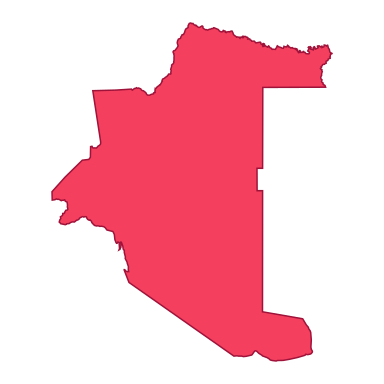 outline of Taveta, Coast, Kenya
{"feature_id": "3690345B11030917787472", "entity_name": "Taveta", "entity_type": "district", "adm_level": 2, "iso_a3": "KEN", "parent_name": "Kenya", "parent_adm1": "Coast", "projection": "albers", "projection_center": [37.998, -3.439], "detail": "fine", "context": "isolated", "style": "filled", "palette": "rose", "viewbox_px": 384, "rotation_deg": 0, "n_neighbors": 0, "source": "geoboundaries", "source_scale": "gbopen_adm2", "svg_char_len": 5727}
<svg xmlns="http://www.w3.org/2000/svg" viewBox="0 0 384 384"><path d="M115.7,90.1L92.8,90.7L100.6,141.5L100.7,143.1L100.4,144.3L99.5,145.3L98.1,146.1L96.5,148.0L94.2,147.9L93.2,148.0L92.6,147.6L92.0,146.3L90.6,146.6L90.4,157.3L88.8,159.4L82.3,160.2L65.0,177.2L52.0,191.7L52.2,200.1L55.0,199.7L56.4,198.9L57.2,199.3L58.8,199.3L59.5,199.6L61.2,200.7L61.8,200.3L63.3,200.3L64.6,199.8L64.9,200.1L65.3,201.3L67.1,202.1L67.5,205.2L67.3,207.1L67.7,207.9L67.8,209.4L67.3,210.0L65.8,210.3L64.7,212.2L64.5,213.1L63.7,213.6L63.0,213.3L62.7,213.5L62.6,215.2L62.2,215.7L60.4,216.8L60.8,218.6L59.9,219.7L59.3,221.5L59.3,222.3L60.1,222.8L60.7,223.7L65.3,224.7L66.4,224.3L66.6,223.8L69.1,223.6L70.8,222.4L72.4,221.9L74.5,222.0L76.6,220.2L77.7,220.0L78.9,219.3L79.7,218.0L82.2,216.7L82.9,216.6L83.9,217.1L84.6,216.7L86.1,216.7L86.6,217.2L86.7,218.0L87.3,218.6L87.5,219.3L89.3,220.3L89.9,219.9L90.2,220.0L91.4,221.3L91.9,222.8L92.3,223.0L93.7,224.8L94.3,225.0L94.7,225.5L96.6,226.0L97.3,225.8L99.0,226.0L99.8,226.4L101.3,226.2L103.8,226.7L105.3,227.8L106.9,230.0L112.9,231.5L114.3,234.4L114.9,239.7L115.9,242.3L116.5,243.3L117.2,243.2L117.9,242.0L118.8,242.3L119.1,242.9L119.5,248.6L119.0,249.9L120.0,249.3L120.4,248.0L120.9,247.2L121.0,244.0L120.4,242.5L120.9,242.0L121.2,242.1L121.6,242.8L122.8,246.1L123.2,249.1L123.6,249.8L124.2,250.1L124.3,250.6L124.3,252.6L125.4,256.9L125.2,258.5L127.1,262.2L127.3,263.5L128.4,266.5L128.3,269.6L128.6,271.5L128.0,271.4L127.7,271.7L126.6,271.4L125.6,270.9L125.2,270.1L124.5,269.6L124.2,269.6L124.2,270.1L129.0,282.5L233.9,356.1L237.0,355.8L238.4,356.1L241.7,356.1L243.4,356.6L246.2,356.3L251.5,355.1L252.2,354.6L254.2,351.7L255.0,350.9L255.5,350.8L256.8,351.3L258.8,353.3L262.0,355.3L262.4,355.9L267.1,357.6L268.9,358.7L270.3,360.0L272.2,360.5L276.1,361.0L277.6,360.5L283.1,360.4L289.4,359.3L297.5,357.5L304.3,355.5L305.2,355.1L305.9,354.2L307.0,354.6L308.0,354.6L310.2,354.1L311.2,353.6L312.2,352.4L312.4,351.7L312.3,351.0L311.3,349.3L310.9,347.2L311.3,340.0L310.7,332.3L310.1,330.7L308.8,328.9L308.3,327.2L306.3,324.9L302.7,318.8L262.5,311.8L262.6,190.7L257.1,190.7L257.0,168.3L262.6,168.3L262.8,87.4L325.6,87.2L325.1,85.7L324.7,85.2L323.2,84.5L323.0,82.9L321.9,82.2L321.5,81.4L322.0,79.9L321.9,79.6L321.0,79.0L320.7,77.5L321.1,76.3L321.6,75.5L321.6,73.7L322.3,71.5L321.7,70.7L322.0,69.9L321.9,69.6L320.7,69.1L320.4,68.5L321.5,67.2L321.1,66.7L322.0,65.9L322.7,64.6L323.1,64.4L324.5,64.3L325.1,63.6L326.2,63.2L326.0,61.7L326.3,61.0L327.0,60.9L327.9,60.4L328.3,59.0L330.2,58.3L330.3,57.9L329.7,57.0L330.2,56.5L330.5,54.4L330.7,53.9L331.7,53.9L332.0,53.4L330.5,52.6L329.8,51.9L329.3,49.3L328.4,48.1L327.7,45.3L327.3,45.2L326.4,46.0L325.3,45.2L324.2,45.0L323.9,46.8L322.1,47.5L322.2,46.6L321.9,46.1L320.6,46.9L319.3,45.9L317.9,45.9L317.5,46.0L317.4,46.4L318.2,47.4L318.1,47.8L315.5,49.1L315.1,48.9L314.9,48.5L315.0,47.5L314.4,46.7L314.1,46.7L313.0,48.1L313.5,48.9L313.3,49.9L310.7,49.1L310.6,48.5L311.2,47.8L310.5,46.7L310.2,46.6L309.9,47.0L308.6,46.9L308.2,47.6L309.2,48.5L307.8,50.7L307.8,51.1L309.4,52.2L309.4,52.9L309.2,53.6L308.5,53.9L305.9,53.6L304.9,52.3L304.2,52.4L303.9,52.3L303.6,51.4L303.3,51.4L302.6,52.2L301.7,52.4L300.2,52.4L300.0,52.1L300.6,51.6L300.0,50.6L299.6,50.6L299.0,52.6L298.6,52.7L298.4,52.5L298.0,51.5L297.3,50.8L297.7,50.2L297.1,49.7L296.9,48.9L295.8,48.6L295.8,49.4L294.5,48.5L292.8,48.2L292.2,47.6L290.8,48.0L289.6,47.1L288.7,46.9L288.8,46.4L288.6,46.1L287.6,45.3L286.7,46.9L284.7,46.7L284.0,46.3L283.4,48.2L283.1,48.3L282.2,48.2L281.0,47.5L278.9,46.9L277.3,45.8L276.9,46.4L276.8,47.4L275.9,48.3L275.5,49.4L273.0,49.2L272.2,49.4L271.9,49.2L271.5,48.3L270.1,47.8L268.8,46.0L268.5,45.9L267.9,47.1L267.5,47.2L266.9,46.6L266.5,46.6L265.2,45.7L265.0,45.3L264.3,45.6L264.1,46.3L262.9,46.5L262.5,45.6L262.6,45.1L264.2,44.5L264.3,43.9L263.3,43.5L262.2,44.1L261.4,44.2L260.8,43.7L260.8,42.6L260.2,42.1L255.9,42.9L254.2,41.1L251.7,41.2L251.2,40.3L250.1,39.8L249.7,38.9L249.3,39.1L248.6,38.9L247.9,39.0L248.1,38.4L247.9,37.7L247.1,37.2L246.5,37.4L245.7,36.5L244.5,36.5L242.8,36.2L242.5,36.4L243.0,37.1L243.4,37.2L243.4,37.6L242.5,37.7L241.3,37.2L240.9,37.3L240.5,37.4L240.0,38.3L239.7,38.0L239.8,37.2L238.9,37.3L237.7,36.9L236.6,37.2L236.4,36.8L234.1,35.2L233.4,34.3L232.9,32.7L232.4,32.0L232.3,31.3L232.0,31.1L231.0,31.1L229.7,31.9L229.2,31.6L226.6,32.0L226.2,32.6L225.3,32.3L225.4,31.3L225.0,31.0L224.2,30.9L223.5,30.4L223.1,30.5L223.0,31.5L221.6,31.9L220.4,31.6L219.4,31.0L218.3,29.5L213.9,27.7L213.5,27.8L213.0,28.5L211.4,28.6L210.3,29.3L209.3,29.2L207.7,30.1L206.5,29.6L205.9,29.8L204.3,29.1L203.1,28.0L202.9,27.7L202.9,26.5L202.4,26.0L201.8,26.0L199.5,27.4L198.6,27.4L197.5,26.7L196.4,25.6L196.1,25.8L195.7,25.1L194.8,25.2L194.0,24.7L192.9,23.4L192.0,23.7L191.3,23.2L190.3,23.0L189.2,23.5L188.4,25.0L188.0,26.1L188.2,27.1L188.0,27.6L186.0,28.8L185.2,30.1L184.6,32.3L183.5,34.5L182.1,34.7L181.8,35.5L181.0,36.6L180.5,38.3L178.4,39.1L177.5,41.1L177.2,42.9L178.1,45.9L177.2,47.6L175.0,50.4L174.5,50.7L173.7,50.8L173.1,51.6L173.2,52.8L173.9,53.6L173.8,54.3L174.2,56.1L174.0,56.9L174.0,60.5L173.7,61.5L173.8,62.6L173.0,63.9L172.1,64.5L171.6,65.1L171.6,66.4L170.7,69.4L171.2,70.7L170.8,72.2L170.9,73.8L170.5,74.1L168.8,74.0L168.3,74.5L168.0,75.4L167.3,75.8L167.0,76.4L165.4,77.3L164.5,78.2L162.6,79.1L162.0,80.7L162.3,81.3L161.7,81.9L161.5,82.6L160.1,84.9L159.6,84.9L159.6,85.2L157.2,86.8L155.9,88.5L155.3,88.4L155.4,88.8L155.1,89.2L155.0,90.1L155.2,90.3L154.9,91.4L155.2,92.2L155.1,92.5L154.6,92.5L153.6,92.9L153.5,93.8L151.1,94.4L149.6,95.2L147.5,95.1L146.4,94.0L146.2,93.2L145.4,92.3L143.3,90.7L142.2,90.6L141.1,89.6L140.8,88.9L138.6,88.0L137.7,88.3L136.4,87.7L135.8,88.3L134.4,88.5L132.5,90.1L132.2,90.1L131.5,89.1L115.7,90.1Z" fill="#f43f5e" stroke="#9f1239" stroke-width="1.5"/></svg>